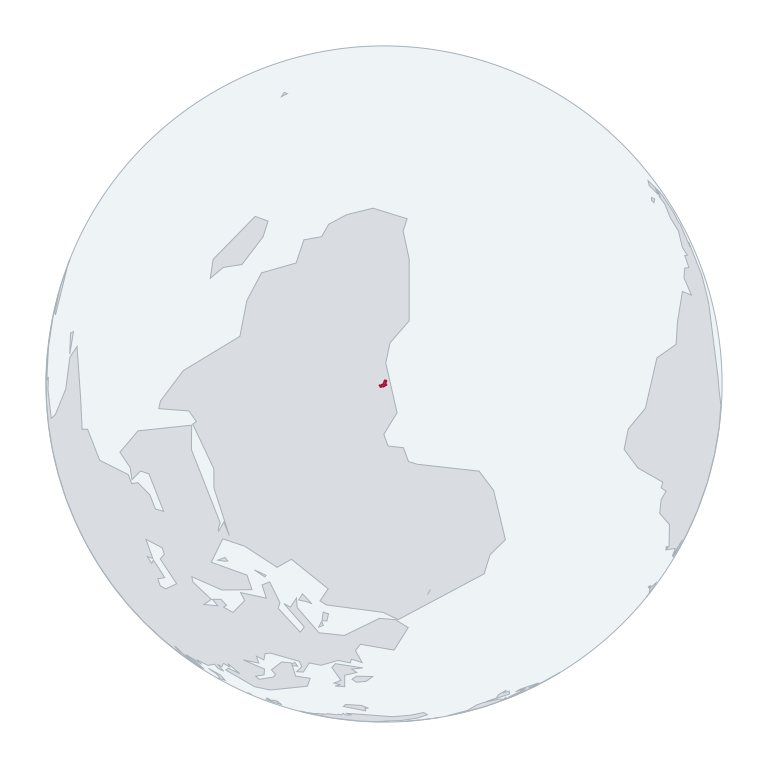 Cabinda highlighted on a globe, orthographic projection, rotated 198°
{"feature_id": "AGO-1885", "entity_name": "Cabinda", "entity_type": "Province", "adm_level": 1, "iso_a3": "AGO", "parent_name": "Angola", "parent_adm1": "", "projection": "orthographic", "projection_center": [12.416, -5.077], "detail": "fine", "context": "on_globe", "style": "filled", "palette": "rose", "viewbox_px": 768, "rotation_deg": 198, "n_neighbors": 0, "source": "natural_earth", "source_scale": "10m", "svg_char_len": 7038}
<svg xmlns="http://www.w3.org/2000/svg" viewBox="0 0 768 768"><g transform="rotate(198 384 384)"><circle cx="384" cy="384" r="338" fill="#eef3f6" stroke="#a8b0b8"/><path d="M211.3,93.6L208.7,95.2L221.0,88.2L203.8,99.3L196.4,107.6L191.6,111.4L177.9,119.5L171.9,121.6L154.2,136.2L168.6,124.8L156.4,136.2L155.6,137.7L158.0,136.6L163.7,131.8L160.2,135.8L144.6,147.5L147.6,144.0L152.5,140.0L149.6,141.6L139.0,151.4L133.7,157.4L127.5,164.0L146.2,143.9L166.5,125.4L188.2,108.6L211.3,93.6ZM50.0,332.8L52.7,317.9L55.7,308.5L52.1,327.9L56.6,309.2L56.2,317.5L64.4,313.5L62.8,318.1L69.1,338.6L81.8,346.1L84.7,359.9L82.6,369.2L88.3,370.9L88.5,376.8L116.6,382.6L135.4,396.0L137.8,416.7L127.9,441.7L132.5,493.2L118.4,512.1L123.9,532.9L128.8,564.2L119.1,563.6L131.4,577.6L133.8,587.2L130.0,588.9L137.6,599.2L135.2,600.2L142.6,606.3L151.2,620.5L163.1,630.6L172.4,641.8L180.4,647.5L179.4,647.7L181.6,650.3L185.9,653.7L177.4,649.3L161.0,636.1L153.7,628.7L152.2,628.1L135.3,609.0L138.2,613.3L115.3,585.6L100.4,561.7L68.6,494.1L63.3,481.4L57.2,468.3L51.9,446.5L47.9,418.6L46.1,390.4L46.8,362.2L46.9,361.2L47.0,359.1L50.0,332.8ZM68.6,262.7L67.6,265.6L66.8,267.4L68.6,262.7ZM195.7,659.0L180.1,651.3L187.0,654.6L181.4,648.7L193.4,655.0L195.7,659.0ZM183.7,643.5L183.4,639.8L186.3,641.3L187.2,644.2L183.7,643.5ZM713.7,310.0L712.4,304.8L717.0,328.3L719.6,344.6L721.6,370.2L721.5,367.3L719.5,344.9L718.0,336.2L714.5,315.4L705.9,283.4L705.4,286.9L701.8,274.8L689.9,248.5L687.1,253.3L685.1,281.0L691.0,312.2L687.6,324.9L668.4,277.4L657.1,247.6L651.9,249.3L630.8,223.6L599.2,218.8L593.2,211.3L587.6,214.1L572.4,206.2L562.7,194.5L554.2,194.8L579.8,225.9L588.7,226.0L594.1,215.1L599.7,226.3L614.1,237.5L603.5,263.4L554.2,285.4L546.9,262.1L496.8,201.2L496.9,194.9L496.6,194.2L495.8,192.9L493.7,203.2L484.3,192.1L513.7,232.7L519.7,250.9L553.5,286.7L550.9,290.3L561.1,298.1L590.6,291.0L591.3,298.9L578.9,334.9L535.8,384.8L540.2,420.9L534.8,451.9L505.0,471.9L504.7,496.4L488.9,504.8L486.0,518.8L471.6,533.7L448.8,547.8L413.1,548.3L413.1,535.4L398.7,510.7L379.6,451.9L391.0,425.0L388.8,404.5L362.7,360.7L368.6,336.1L361.0,326.3L345.8,329.4L336.7,317.8L327.3,318.0L266.6,330.5L246.9,316.7L220.4,273.4L230.4,254.4L230.1,234.4L297.7,164.3L314.4,166.5L370.4,156.1L377.8,158.0L373.8,172.0L417.9,188.7L429.0,176.6L466.4,186.7L489.5,186.9L493.2,161.1L455.2,159.9L446.0,147.6L474.4,138.0L507.2,141.3L504.6,136.7L481.8,125.8L487.1,118.6L473.6,121.7L480.7,126.2L472.4,128.8L465.4,124.9L467.6,122.2L457.1,120.0L449.5,135.0L455.9,141.3L429.7,144.0L437.9,155.2L431.6,160.5L415.4,143.9L415.3,137.9L387.0,122.1L384.7,128.3L411.3,144.2L404.0,143.0L401.1,153.3L397.5,144.6L369.1,127.3L344.0,132.6L315.9,159.7L300.4,163.4L285.7,159.8L292.2,134.0L326.0,129.2L328.8,121.6L318.7,112.3L329.9,112.2L329.9,108.3L342.4,106.9L356.8,97.1L369.0,95.6L371.6,85.2L378.2,83.4L374.8,89.8L378.9,94.1L408.8,93.0L413.7,90.8L413.0,84.5L421.3,85.7L416.8,79.9L432.5,78.1L409.6,76.0L408.2,70.3L415.9,66.4L411.4,64.6L398.6,71.1L397.3,74.3L402.7,77.4L395.4,88.0L385.8,90.1L377.8,78.9L363.3,81.3L363.5,72.9L397.7,57.8L413.6,56.1L446.1,63.1L444.2,65.6L431.5,63.9L446.0,69.9L443.5,67.2L450.4,68.7L450.8,65.0L455.7,66.0L447.7,61.3L453.7,62.2L458.7,65.1L464.4,62.0L476.2,63.8L475.2,62.8L470.7,61.1L488.6,65.5L487.1,64.6L480.6,62.7L473.2,60.0L467.2,57.4L473.7,59.0L476.8,60.1L493.0,65.7L500.2,69.5L502.2,70.1L497.6,67.2L477.8,60.2L472.3,58.3L482.1,61.2L478.1,60.0L477.4,59.6L482.9,61.0L472.3,57.9L469.5,57.1L493.1,64.2L516.1,73.0L538.5,83.4L560.0,95.5L580.5,109.1L600.0,124.1L618.4,140.6L635.5,158.3L651.3,177.2L665.6,197.3L678.5,218.3L689.8,240.2L699.5,262.9L707.5,286.2L713.7,310.0ZM277.5,197.2L276.4,203.0L277.5,197.2ZM544.4,159.7L562.4,162.7L549.9,146.5L555.8,146.7L549.4,141.6L548.9,145.4L532.7,132.1L538.9,128.9L534.5,122.9L528.2,121.7L519.5,130.0L542.7,148.5L540.4,154.3L544.4,159.7ZM64.7,313.1L65.3,316.5L63.6,317.1L64.7,313.1ZM68.9,271.9L70.0,272.8L67.8,275.1L68.9,271.9ZM67.2,267.2L67.9,272.0L63.8,279.2L63.7,276.5L65.2,273.7L67.2,267.2ZM157.3,135.5L158.4,134.7L159.7,134.5L156.8,136.7L157.3,135.5ZM179.2,123.8L173.0,130.7L175.4,126.9L170.1,130.6L168.7,128.0L189.1,113.2L180.1,120.0L179.2,123.8ZM172.5,121.9L171.1,124.2L171.9,122.3L172.5,121.9ZM318.0,91.8L323.2,93.3L319.9,97.6L304.4,102.3L309.0,95.8L318.0,91.8ZM331.4,94.8L327.8,84.0L337.2,81.6L332.5,84.6L339.2,84.1L333.4,88.9L345.9,98.3L343.8,103.0L316.4,107.4L326.5,102.9L320.8,101.2L331.4,94.8ZM301.9,69.8L300.5,67.5L322.9,64.8L321.6,67.3L306.2,71.3L298.5,70.8L301.9,69.8ZM259.3,69.9L256.2,71.3L245.2,76.0L247.9,74.7L259.3,69.9ZM244.3,76.3L236.5,80.1L236.3,80.1L244.3,76.3ZM232.6,81.9L228.1,84.2L230.3,83.0L232.6,81.9ZM358.2,47.1L360.5,46.9L352.0,47.6L362.7,47.2L353.1,48.0L354.9,48.0L349.0,48.9L344.9,50.3L340.2,50.8L340.7,51.2L336.7,52.2L335.8,53.1L327.0,54.6L325.1,56.0L322.0,56.1L321.2,58.2L317.8,57.4L312.4,59.4L318.5,59.1L273.1,70.2L256.6,77.1L244.7,83.8L240.5,82.9L249.0,76.6L264.0,69.1L280.4,63.2L275.5,64.4L282.0,62.2L283.1,62.2L285.2,61.0L290.8,59.4L302.4,56.1L330.1,50.4L358.2,47.1ZM384.7,152.7L390.2,153.1L398.4,152.2L396.7,159.2L384.7,152.7ZM365.1,140.9L369.8,139.8L371.4,148.2L365.8,148.3L365.1,140.9ZM371.0,132.6L369.9,139.1L367.1,135.6L371.0,132.6ZM379.0,88.9L383.9,87.9L384.9,89.3L382.9,91.7L379.0,88.9ZM390.3,49.5L385.7,49.0L386.8,48.7L381.9,47.5L388.7,47.3L394.3,48.0L390.3,49.5ZM487.6,165.2L481.7,169.9L477.8,167.4L480.6,166.2L487.6,165.2ZM437.7,163.7L449.8,167.1L437.1,165.6L437.7,163.7ZM396.8,49.1L394.0,48.4L399.2,48.8L396.8,49.1ZM393.3,47.2L399.1,47.5L388.9,47.2L393.3,47.2ZM570.3,625.7L569.0,630.5L565.6,630.3L570.3,625.7ZM585.0,449.7L558.3,503.6L544.6,503.1L544.5,486.6L556.1,453.7L572.9,445.2L581.9,430.8L585.0,449.7ZM721.2,406.1L721.5,399.9L717.8,348.2L719.3,350.7L721.8,376.0L721.2,406.1ZM692.1,315.4L697.9,335.5L695.5,337.8L692.1,315.4ZM450.5,53.1L449.8,54.3L453.8,56.6L463.1,59.3L449.7,56.7L443.6,53.1L450.5,53.1ZM418.4,48.1L417.8,48.3L413.6,47.8L418.4,48.1Z" fill="#d9dde1" stroke="#a8b0b8" stroke-width="1"/><path d="M386.2,380.0L386.3,380.1L386.5,380.0L386.8,380.2L386.9,380.5L387.0,380.6L387.2,380.8L387.6,381.3L387.9,381.4L387.8,381.6L387.6,381.6L386.5,381.9L386.3,382.0L386.2,382.1L386.1,382.4L386.1,382.5L385.7,382.7L385.7,382.8L385.6,383.0L385.4,383.1L385.2,383.2L385.1,383.3L385.0,383.5L384.8,383.7L384.3,383.9L384.2,383.9L384.1,384.0L384.6,384.3L384.7,384.5L384.7,385.0L384.6,385.5L384.6,386.2L384.6,386.9L384.6,387.3L384.5,387.8L384.1,387.8L383.6,387.8L383.1,387.9L382.8,388.0L382.5,387.6L382.4,387.2L382.6,386.8L382.6,386.7L382.8,386.7L382.9,386.4L382.8,386.1L382.7,385.9L382.6,385.5L382.6,385.3L382.3,384.9L382.3,384.6L382.0,384.3L381.7,383.8L381.8,383.8L382.0,383.8L382.0,384.0L382.3,383.9L382.4,383.7L382.2,383.6L382.2,383.8L382.1,383.7L381.9,383.7L381.7,383.7L382.3,383.0L382.5,382.8L382.7,382.2L382.8,382.1L382.9,382.3L383.0,382.3L383.4,382.3L383.4,382.2L383.5,382.2L383.8,381.7L383.8,381.3L383.8,381.2L384.0,381.2L384.5,381.1L385.1,381.0L385.2,380.9L385.3,380.9L385.4,380.6L385.5,380.5L385.7,380.4L385.8,380.3L385.8,380.2L386.0,380.0L386.2,380.0Z" fill="#f43f5e" stroke="#9f1239" stroke-width="1.5"/></g></svg>